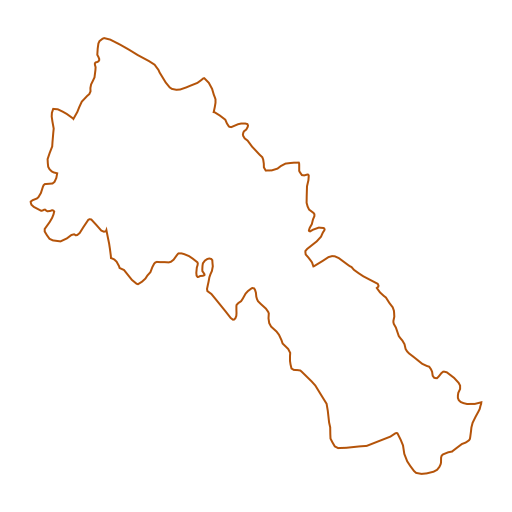 outline of Cao Bang, Cao Bằng, Vietnam
{"feature_id": "81297802B72621516483988", "entity_name": "Cao Bang", "entity_type": "district", "adm_level": 2, "iso_a3": "VNM", "parent_name": "Vietnam", "parent_adm1": "Cao Bằng", "projection": "albers", "projection_center": [106.26, 22.649], "detail": "fine", "context": "isolated", "style": "outline", "palette": "amber", "viewbox_px": 512, "rotation_deg": 0, "n_neighbors": 0, "source": "geoboundaries", "source_scale": "gbopen_adm2", "svg_char_len": 5294}
<svg xmlns="http://www.w3.org/2000/svg" viewBox="0 0 512 512"><path d="M452.2,451.5L452.3,451.3L456.6,448.0L461.9,444.0L465.6,442.6L467.6,441.3L469.1,440.2L469.9,438.9L470.2,437.2L471.0,431.3L471.4,427.5L472.6,422.8L475.6,416.7L478.4,411.6L479.7,409.0L480.5,405.7L481.1,404.0L481.3,402.3L474.9,403.9L467.0,404.0L463.4,403.1L460.7,402.0L458.8,400.2L457.9,398.0L457.9,395.5L458.3,392.8L460.1,389.0L460.1,385.6L458.6,382.8L454.1,377.9L446.8,372.3L444.3,371.7L443.2,371.7L441.4,373.1L438.7,376.5L437.0,378.2L435.6,378.1L434.2,377.8L432.7,375.8L432.1,371.8L431.0,369.3L429.2,366.7L426.9,366.0L422.2,363.8L413.7,357.0L409.0,353.4L407.1,351.4L405.6,349.0L404.5,344.2L402.4,340.6L400.3,338.1L398.8,336.1L397.7,332.9L395.9,327.6L393.8,323.9L393.4,322.2L393.4,320.9L394.3,316.7L394.1,312.8L393.9,310.7L392.7,307.3L389.4,303.0L385.9,297.5L383.8,295.9L380.0,292.4L376.8,288.0L378.3,286.7L378.5,285.6L377.7,283.8L372.3,281.0L363.3,276.3L358.6,273.2L353.9,269.8L351.5,267.0L349.8,266.2L347.7,264.7L338.8,258.1L334.8,256.3L332.1,256.1L328.5,257.1L322.7,260.9L314.0,266.2L313.4,266.4L312.0,262.4L310.8,260.7L308.2,257.3L305.7,254.5L305.4,252.4L305.4,251.0L307.3,248.8L313.4,244.0L316.7,241.4L321.0,236.7L322.5,233.3L323.2,232.0L324.3,230.4L324.6,229.4L324.2,228.4L323.4,228.0L318.8,227.6L313.0,229.7L310.1,231.4L309.2,231.1L308.9,230.6L309.2,229.4L309.8,227.7L311.8,224.2L313.0,219.4L314.4,216.1L314.4,214.2L313.6,213.0L309.1,209.6L307.6,206.5L306.6,202.8L306.7,196.4L307.0,186.3L308.4,180.3L308.7,176.6L308.7,175.4L308.1,174.6L307.5,174.5L304.2,175.4L301.9,175.1L299.8,172.1L299.2,170.9L299.2,164.8L299.1,163.4L298.8,162.6L294.8,162.7L293.7,162.7L290.5,163.0L285.5,163.6L280.9,166.0L277.5,168.6L271.7,170.4L267.0,170.5L265.7,170.5L263.9,167.4L263.8,163.7L263.2,159.6L262.3,157.2L259.7,154.8L252.1,146.7L247.6,140.6L244.7,138.4L243.2,135.9L242.9,134.4L243.4,132.4L244.0,131.3L246.3,129.5L247.7,126.9L248.0,125.5L247.4,124.1L245.2,123.5L241.3,123.5L238.1,124.2L231.3,127.1L229.8,126.9L228.9,126.5L226.9,123.4L225.3,119.7L219.8,115.5L214.5,112.2L213.7,112.1L214.8,107.0L215.5,102.8L215.5,99.3L214.9,97.5L213.8,94.7L212.1,88.9L208.8,82.8L204.3,78.2L203.3,78.4L201.0,80.3L197.4,82.9L190.1,85.8L186.3,87.4L180.2,89.5L176.4,89.8L171.9,88.9L169.7,87.4L165.7,82.5L159.6,72.5L158.5,70.0L154.6,64.7L149.0,61.1L137.6,55.0L129.0,49.7L120.2,44.7L110.2,39.6L104.2,38.1L102.6,38.7L99.5,41.1L98.4,43.5L97.7,48.5L97.3,54.8L98.4,56.9L99.2,58.9L99.2,60.1L98.5,61.3L97.3,62.0L95.7,62.4L94.9,63.3L94.9,64.7L95.6,67.2L95.4,70.3L94.5,77.4L92.7,81.2L91.1,84.4L90.4,88.0L90.5,91.4L89.3,94.1L87.2,95.9L81.8,101.6L79.3,107.0L77.3,112.0L73.4,118.9L73.1,118.5L66.7,113.9L62.6,111.6L57.8,109.3L53.2,108.9L51.9,112.8L51.7,116.5L52.4,121.4L53.7,128.6L53.3,132.5L52.5,141.9L52.2,146.5L49.7,152.9L47.6,159.1L47.8,163.1L48.2,166.8L49.5,169.2L51.7,171.4L53.6,172.4L57.2,173.3L56.3,178.0L54.5,181.9L52.5,183.5L44.8,184.1L43.6,185.2L42.9,186.8L40.9,193.0L38.4,197.2L36.9,198.5L32.6,200.2L30.7,201.6L30.8,202.7L31.4,204.7L33.8,206.9L41.2,210.8L42.6,210.5L44.2,209.7L45.2,209.7L46.3,210.7L47.5,211.3L50.4,210.9L52.1,210.2L53.4,210.6L54.2,211.5L53.5,214.4L52.1,217.9L49.7,222.0L44.7,229.0L44.7,231.5L46.9,235.2L47.2,235.6L49.5,238.8L52.9,240.4L60.5,241.4L66.9,238.4L71.4,235.0L74.1,234.3L75.8,235.3L77.3,235.0L79.7,233.0L83.4,227.1L88.3,219.8L89.6,219.2L91.3,219.5L96.1,224.7L101.3,230.6L103.9,231.7L105.6,231.4L106.1,230.9L106.4,230.1L107.8,237.2L109.1,243.5L109.9,248.7L110.8,255.6L111.0,258.1L112.2,258.5L114.3,259.5L116.6,261.7L119.0,266.1L119.6,268.0L124.0,270.0L131.9,279.9L136.5,283.7L137.6,284.1L138.0,284.2L142.0,281.7L145.4,278.6L147.4,275.5L150.4,272.2L152.4,267.0L154.2,263.6L155.3,262.5L156.8,261.9L159.6,262.1L164.1,262.1L168.7,262.4L170.9,261.8L173.6,259.7L176.7,255.4L177.9,253.9L178.5,253.4L181.5,253.4L184.1,254.1L189.0,256.1L192.7,258.6L197.4,262.3L197.8,263.4L197.6,265.0L196.8,267.6L196.3,272.9L196.6,275.7L197.6,277.0L198.5,276.9L200.2,276.0L202.8,275.8L204.4,275.2L204.5,274.3L203.5,272.7L202.4,271.2L202.3,269.4L202.5,265.8L202.9,263.3L204.9,260.6L207.3,259.0L209.3,258.5L211.3,259.0L212.3,260.2L212.5,263.3L212.8,266.3L211.9,271.0L210.5,274.1L209.4,277.2L208.5,282.0L207.9,284.7L207.0,289.0L207.4,291.1L211.4,294.0L215.1,298.5L225.8,311.7L230.7,318.0L233.0,319.7L234.2,319.5L235.4,318.2L236.3,315.9L236.5,313.2L236.4,309.3L236.4,306.0L236.6,304.9L238.4,303.0L241.1,301.2L242.8,298.6L245.6,293.6L247.9,291.1L251.2,288.6L252.3,288.0L253.1,288.2L254.1,288.4L255.0,289.8L255.9,292.7L256.3,296.7L257.0,299.1L258.0,301.2L260.7,303.9L265.9,308.6L268.2,311.9L268.8,313.5L268.7,314.8L268.7,315.0L268.5,318.3L269.2,323.1L271.1,326.6L276.5,331.5L279.0,334.8L281.5,340.2L282.6,343.5L288.2,349.0L290.2,352.9L290.0,356.1L290.0,361.0L290.5,364.3L291.5,368.5L293.8,369.9L297.6,370.1L300.3,370.5L301.7,371.7L311.6,381.4L315.3,385.5L322.5,397.2L326.6,403.8L327.8,410.9L329.1,422.5L330.2,427.4L330.3,434.0L330.5,438.6L332.4,442.3L334.8,446.4L338.1,448.1L340.1,448.0L346.2,447.8L359.5,446.4L366.7,445.9L378.4,441.3L390.4,436.6L395.4,433.3L396.8,433.0L397.5,433.4L400.7,439.8L403.0,445.4L404.3,453.9L407.2,461.3L410.2,465.9L414.0,471.0L416.1,472.9L421.5,473.9L426.7,473.4L433.6,471.7L437.1,469.8L439.4,466.9L440.6,464.3L441.0,462.7L441.1,457.5L441.7,455.6L443.0,454.4L448.2,452.3L452.2,451.5Z" fill="none" stroke="#b45309" stroke-width="2"/></svg>